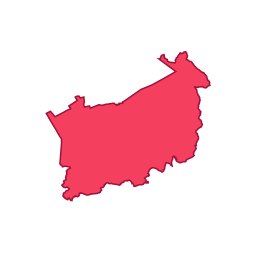 Tepechitlán, Zacatecas, Mexico (Natural Earth projection), rotated 140°
{"feature_id": "50627088B62604007520144", "entity_name": "Tepechitlán", "entity_type": "district", "adm_level": 2, "iso_a3": "MEX", "parent_name": "Mexico", "parent_adm1": "Zacatecas", "projection": "natural_earth1", "projection_center": [-103.352, 21.615], "detail": "fine", "context": "isolated", "style": "filled", "palette": "rose", "viewbox_px": 256, "rotation_deg": 140, "n_neighbors": 0, "source": "geoboundaries", "source_scale": "gbopen_adm2", "svg_char_len": 5765}
<svg xmlns="http://www.w3.org/2000/svg" viewBox="0 0 256 256"><g transform="rotate(140 128 128)"><path d="M34.8,149.3L35.8,149.9L36.4,149.9L36.7,150.3L37.0,150.2L37.3,149.9L39.4,150.7L39.4,151.7L40.3,152.0L40.8,151.4L42.3,151.4L43.9,150.9L44.6,150.4L44.9,150.6L46.1,150.6L46.8,149.9L47.9,149.8L48.3,149.5L48.7,148.3L49.8,147.7L50.3,147.8L51.4,148.9L52.3,150.2L53.4,151.0L54.7,153.5L54.5,154.2L53.9,155.3L54.6,156.7L55.0,158.1L54.7,158.8L54.4,158.8L54.5,159.6L54.3,159.9L53.4,160.4L53.3,161.2L53.9,161.4L54.3,161.3L54.7,161.7L55.7,162.1L58.1,160.9L59.4,159.7L59.5,160.8L60.0,161.2L55.1,140.5L70.0,143.2L82.3,145.7L93.3,149.2L112.5,150.9L115.6,151.4L116.0,150.5L116.6,150.6L117.2,151.3L117.8,151.6L119.0,152.6L119.6,151.7L120.6,152.6L120.8,152.3L121.3,152.7L121.9,152.7L121.9,153.8L122.6,154.1L122.7,154.4L122.8,155.9L123.1,156.3L128.8,159.7L129.7,160.4L133.3,162.0L135.3,164.5L144.1,167.4L143.3,169.6L147.9,172.1L146.9,174.4L145.8,175.3L144.9,175.7L141.9,180.1L145.3,181.7L145.0,183.8L146.6,185.2L148.6,185.6L149.2,181.7L159.2,182.9L159.4,179.6L164.3,181.0L165.6,181.1L171.2,182.3L176.7,183.6L176.6,186.8L176.7,190.7L181.2,191.7L182.8,182.7L184.3,172.8L185.0,169.4L186.1,162.0L187.5,160.7L188.0,159.8L203.1,144.4L203.3,143.0L202.9,142.4L202.7,141.5L203.2,140.5L203.1,140.3L201.7,139.7L200.5,138.9L199.4,137.7L198.7,136.6L198.0,136.1L197.7,135.8L197.8,135.7L197.9,134.4L198.2,134.4L198.4,134.7L199.9,134.7L201.0,135.1L201.8,134.7L202.9,134.6L202.9,134.0L203.4,133.4L203.8,133.2L203.9,132.9L204.4,132.3L204.5,131.7L205.2,131.6L206.7,131.0L206.9,130.5L207.3,130.1L207.9,129.8L208.5,128.3L209.3,128.3L210.0,128.6L211.2,128.8L211.5,128.7L212.2,126.9L212.6,126.7L213.0,126.9L213.5,126.7L214.7,126.9L215.4,126.7L215.5,126.5L215.4,126.2L215.5,125.6L215.4,125.4L215.5,124.8L215.2,124.7L215.3,124.0L215.2,123.7L214.5,122.7L213.9,122.3L212.7,122.2L212.5,121.0L212.0,119.3L212.9,118.8L213.8,118.9L215.8,119.6L216.8,119.5L217.9,118.9L218.8,119.5L219.5,119.4L221.6,117.6L221.5,117.3L221.2,117.3L221.5,116.8L221.2,116.6L221.5,116.2L221.5,115.6L221.2,115.0L221.4,114.8L220.8,112.7L220.2,111.8L219.9,111.8L219.1,112.6L218.9,112.5L218.6,112.2L218.0,112.0L218.2,111.5L218.3,110.3L218.5,110.1L218.5,109.7L217.6,108.4L216.6,109.2L216.6,109.6L215.6,109.6L214.6,110.2L214.2,110.3L213.5,110.2L213.1,109.4L212.1,109.5L211.9,109.7L211.6,109.7L211.4,109.1L211.4,108.7L211.2,108.2L210.9,107.8L210.3,107.6L209.5,107.5L209.0,107.9L208.7,107.8L208.1,108.0L207.7,109.0L207.3,109.2L206.7,109.0L206.1,109.0L206.1,108.4L205.6,108.1L204.9,107.3L204.3,105.9L203.5,104.7L203.3,104.7L203.1,103.6L202.2,102.7L200.2,101.6L199.4,101.6L199.1,101.2L198.1,100.8L197.8,100.4L197.2,100.2L196.6,99.6L194.7,98.4L194.2,98.0L193.7,97.7L192.8,97.7L191.8,96.8L190.6,96.6L189.6,97.4L189.0,97.4L188.6,97.1L188.2,97.3L187.9,97.9L188.0,98.0L187.8,99.1L187.2,99.5L186.7,99.5L186.0,99.2L185.4,98.5L183.6,98.8L182.8,99.3L182.7,99.7L181.7,99.3L181.0,99.9L180.6,99.8L179.1,99.4L178.9,99.2L178.6,98.6L178.2,98.2L178.3,97.7L177.9,97.1L176.3,96.2L176.0,95.4L172.8,91.9L171.9,90.5L171.0,89.5L170.4,89.8L169.8,89.6L169.7,90.0L168.6,90.2L168.4,90.0L168.1,90.1L167.7,89.7L166.1,89.3L165.8,89.9L164.3,89.5L163.4,88.9L162.6,88.0L162.5,87.9L162.3,88.2L162.0,87.7L161.3,87.6L160.3,87.0L160.3,86.4L160.1,86.0L160.2,84.6L160.1,83.7L160.7,82.9L159.9,82.6L160.4,80.2L160.7,79.9L160.9,79.4L159.4,78.4L158.3,78.3L157.9,77.9L157.2,77.9L156.0,77.3L153.9,75.7L152.6,75.1L151.1,75.4L149.5,75.3L149.6,74.2L148.7,74.1L148.0,73.0L147.6,73.4L147.1,73.7L147.3,74.3L147.9,74.5L148.2,75.1L147.6,77.1L147.7,78.0L147.6,78.9L146.7,78.9L143.3,78.4L143.3,78.0L142.3,77.9L141.8,79.0L141.8,79.4L141.4,79.9L141.4,80.3L141.6,80.5L141.2,80.6L140.1,81.4L139.7,81.4L137.9,82.4L137.3,82.2L136.4,82.4L135.8,82.0L134.8,81.9L134.1,81.2L133.3,80.1L133.0,79.3L132.5,78.9L132.1,77.7L132.0,76.7L131.7,75.4L131.2,75.0L131.0,74.3L130.8,74.2L130.4,73.7L130.3,72.4L129.6,72.1L128.3,72.2L127.8,73.1L127.2,72.8L126.3,73.1L125.7,73.6L125.6,74.0L121.3,76.9L120.3,75.9L119.4,74.7L119.0,73.8L118.8,72.4L119.0,71.4L118.6,70.5L117.7,72.4L116.9,73.4L115.5,74.8L114.2,75.2L113.7,75.5L112.6,77.1L110.8,76.9L110.8,76.4L111.5,75.6L111.3,75.2L110.3,75.0L110.3,74.4L111.1,74.0L111.1,73.5L111.3,73.8L111.5,73.8L111.4,73.0L111.8,72.7L112.1,71.6L111.6,69.9L110.9,68.7L110.8,68.2L110.5,68.1L109.9,67.5L107.6,66.9L106.6,65.9L105.5,65.2L105.2,65.2L104.6,65.7L104.2,65.9L102.5,65.8L100.1,65.2L98.2,64.5L95.0,64.3L95.0,65.0L94.7,65.8L94.5,66.1L94.1,66.2L93.5,67.1L92.8,67.1L92.5,67.4L92.0,67.4L90.9,67.9L89.1,68.3L88.0,71.3L87.0,70.6L86.0,72.3L84.8,72.7L83.7,73.4L81.4,74.2L80.5,74.9L79.7,76.1L79.5,77.8L79.1,77.9L78.5,79.3L78.9,79.5L78.7,81.3L78.3,81.9L74.1,82.4L72.1,82.0L72.0,81.8L71.5,81.8L69.3,82.5L68.6,83.1L68.6,84.0L67.6,86.0L67.2,87.3L67.7,88.4L67.7,89.7L67.6,90.1L67.2,90.1L66.8,90.8L66.3,91.0L65.1,91.3L64.9,91.5L64.0,91.5L63.7,92.5L63.0,92.5L62.7,93.6L61.8,93.5L61.7,97.8L61.5,98.1L60.7,98.8L60.1,99.0L59.7,100.0L58.8,100.2L58.8,100.8L57.6,101.0L56.9,101.5L56.8,101.9L56.5,101.9L56.0,102.2L55.6,102.8L55.2,102.8L54.9,103.0L54.6,103.4L54.3,104.6L54.1,105.0L53.5,105.2L53.1,107.0L53.2,108.0L52.8,108.8L52.3,110.9L50.8,113.1L50.7,114.1L50.7,116.6L50.3,116.5L49.8,116.0L49.4,115.3L48.4,114.4L46.2,113.1L45.4,112.4L44.2,112.0L44.1,111.7L43.9,111.5L44.2,111.1L43.9,110.2L42.8,108.9L42.0,108.5L40.9,108.6L40.6,108.8L39.5,108.7L39.0,108.3L37.9,108.3L37.7,108.2L37.6,108.7L37.1,109.9L36.6,109.9L36.0,110.5L35.8,112.1L36.1,112.3L36.3,113.0L36.3,113.3L35.8,113.9L35.9,114.3L35.6,115.0L34.5,117.1L34.4,119.0L34.7,119.5L34.4,121.9L35.2,122.4L35.9,125.0L36.1,126.8L36.8,128.7L37.2,133.2L36.8,136.5L36.9,137.9L37.3,138.8L38.1,139.8L38.2,140.2L38.1,140.9L39.3,143.1L38.6,143.7L37.1,144.1L35.9,145.2L35.6,146.5L34.8,148.0L35.1,148.8L34.8,149.3Z" fill="#f43f5e" stroke="#9f1239" stroke-width="1.5"/></g></svg>